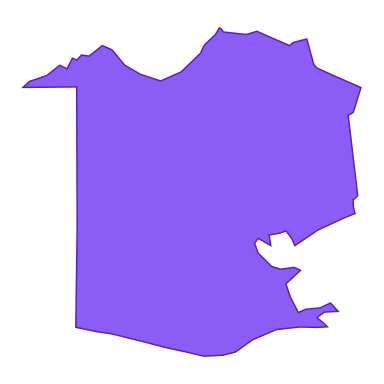 outline of Vermilion, Louisiana, United States of America
{"feature_id": "52423323B90141807319554", "entity_name": "Vermilion", "entity_type": "district", "adm_level": 2, "iso_a3": "USA", "parent_name": "United States of America", "parent_adm1": "Louisiana", "projection": "natural_earth1", "projection_center": [-92.265, 29.84], "detail": "fine", "context": "isolated", "style": "filled", "palette": "violet", "viewbox_px": 384, "rotation_deg": 0, "n_neighbors": 0, "source": "geoboundaries", "source_scale": "gbopen_adm2", "svg_char_len": 1044}
<svg xmlns="http://www.w3.org/2000/svg" viewBox="0 0 384 384"><path d="M72.4,58.2L67.0,68.9L59.9,65.2L46.6,75.6L29.5,81.4L23.0,87.4L76.7,86.9L77.2,227.3L75.8,327.1L76.7,327.5L97.3,331.8L110.9,333.7L138.6,340.5L166.4,347.7L186.2,352.0L204.2,356.2L223.0,355.2L235.5,352.0L252.7,339.7L276.3,329.6L299.3,327.0L317.4,327.4L327.3,326.8L324.5,323.8L317.0,317.7L324.3,312.1L338.2,311.4L330.5,303.0L319.9,307.9L305.6,309.3L298.3,312.5L290.3,296.9L285.9,283.9L300.5,270.3L294.1,267.4L280.6,269.2L271.7,266.5L258.1,253.0L254.6,243.2L258.2,238.4L270.8,245.5L269.1,235.0L280.1,233.1L285.9,230.9L291.6,238.2L294.9,245.6L318.1,229.9L343.2,218.3L355.0,213.5L353.4,207.1L353.1,200.0L357.7,195.7L348.2,115.5L353.3,112.2L361.0,87.6L335.0,76.2L316.6,67.9L313.7,64.2L306.8,39.0L293.1,42.5L289.7,45.6L271.2,37.7L256.9,31.3L246.3,34.5L223.4,32.0L221.2,28.9L219.4,27.8L215.4,34.6L204.5,44.9L200.4,53.3L181.3,71.8L160.7,81.0L140.4,74.3L124.6,65.1L112.1,49.9L102.3,45.6L89.1,56.1L81.5,55.0L76.9,60.0L72.4,58.2Z" fill="#8b5cf6" stroke="#5b21b6" stroke-width="1.5"/></svg>